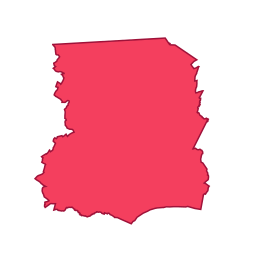 outline of Sabanalarga, Atlántico, Colombia, rotated 282°
{"feature_id": "7082276B39650690530717", "entity_name": "Sabanalarga", "entity_type": "district", "adm_level": 2, "iso_a3": "COL", "parent_name": "Colombia", "parent_adm1": "Atlántico", "projection": "albers", "projection_center": [-74.958, 10.621], "detail": "fine", "context": "isolated", "style": "filled", "palette": "rose", "viewbox_px": 256, "rotation_deg": 282, "n_neighbors": 0, "source": "geoboundaries", "source_scale": "gbopen_adm2", "svg_char_len": 5537}
<svg xmlns="http://www.w3.org/2000/svg" viewBox="0 0 256 256"><g transform="rotate(282 128 128)"><path d="M144.9,49.0L144.5,49.9L143.9,50.6L143.8,51.4L142.0,56.4L141.3,56.9L140.7,57.8L140.5,58.0L140.1,58.1L139.4,58.1L140.0,61.2L142.3,63.2L142.4,63.6L142.2,64.7L141.3,65.1L140.9,65.0L139.6,64.5L139.0,64.4L137.6,64.6L137.3,64.2L136.9,63.8L136.1,63.5L135.2,63.5L134.7,63.3L133.6,62.4L133.0,62.0L132.0,62.6L131.0,63.1L130.3,63.3L127.2,63.7L124.2,64.3L124.2,65.0L122.9,66.0L121.7,65.1L120.5,65.2L119.9,65.5L117.6,66.1L116.6,67.5L116.0,68.0L115.6,68.2L115.3,68.4L115.2,68.8L114.7,71.0L114.9,72.4L115.0,74.0L114.5,74.7L112.7,76.1L111.5,74.2L109.9,72.4L109.2,71.8L107.2,70.5L109.1,68.7L106.5,66.7L105.9,66.0L106.2,65.6L106.8,65.0L104.7,60.7L103.9,60.7L102.7,60.1L102.8,59.3L103.2,58.5L101.9,57.7L101.1,57.6L100.2,57.7L99.7,57.5L98.9,58.6L98.0,60.2L94.1,59.4L93.3,59.0L92.8,59.0L92.0,59.1L90.7,58.9L90.2,58.5L88.7,57.1L89.4,56.4L90.1,55.9L89.7,55.6L88.5,55.3L87.1,54.7L85.6,53.7L85.8,53.3L83.4,50.7L82.4,49.8L82.0,49.4L81.5,50.1L81.2,51.0L79.8,50.8L78.4,51.1L76.6,50.8L76.0,52.4L75.5,54.6L75.1,55.0L74.3,54.7L73.9,54.6L71.5,54.6L67.7,54.3L67.2,55.0L65.3,53.9L63.9,52.0L63.3,50.9L62.3,49.6L61.5,49.0L59.1,47.6L58.1,49.7L57.6,51.3L56.8,53.2L55.6,54.7L55.3,55.6L54.7,56.4L53.7,59.5L53.3,58.4L52.6,57.5L51.8,57.0L51.0,56.8L48.6,57.1L46.7,58.1L45.8,59.0L44.9,59.4L44.5,59.8L43.3,60.3L41.4,64.5L40.7,65.2L40.7,65.6L40.4,65.8L39.7,65.0L39.0,63.9L38.8,63.2L38.1,62.1L36.1,62.7L35.9,62.4L34.1,62.6L33.1,63.5L37.8,67.8L38.1,68.5L38.3,70.1L38.9,72.8L32.3,72.5L32.5,72.9L32.7,73.2L32.9,73.7L33.4,74.0L33.5,75.0L33.7,75.6L33.5,76.1L32.9,76.7L32.9,77.0L33.0,77.6L33.0,79.2L33.1,79.7L33.0,80.1L33.5,81.6L33.5,81.9L33.4,82.4L33.5,82.6L34.1,83.0L34.8,83.6L35.1,83.7L36.8,84.0L37.1,84.4L37.1,84.8L37.6,84.9L37.4,85.5L38.2,86.7L38.3,87.7L38.5,88.6L38.5,89.0L38.9,89.5L38.8,90.1L38.4,90.6L38.2,91.1L37.8,91.5L37.5,92.0L37.5,92.7L37.1,92.8L36.9,93.1L36.6,93.0L36.4,93.7L36.6,94.3L36.6,95.0L36.8,95.2L36.4,96.2L36.1,96.2L34.9,97.1L34.9,97.4L35.2,97.3L35.3,97.5L34.9,97.8L34.9,98.3L34.5,98.8L34.2,98.9L33.7,98.7L33.6,99.2L33.4,99.2L33.0,99.4L33.3,100.2L32.7,100.8L33.0,101.1L32.9,101.8L33.0,102.6L32.8,103.6L33.2,104.3L33.0,104.6L32.9,105.4L32.6,106.6L33.2,107.5L34.1,109.3L35.6,110.4L36.0,111.1L36.3,111.0L36.3,110.9L36.4,111.0L37.1,112.8L37.5,113.0L37.6,112.7L37.7,112.8L37.9,113.1L38.3,113.4L38.5,114.0L39.0,114.6L39.5,114.7L39.7,115.2L39.4,115.9L39.6,116.9L40.0,117.8L39.9,119.3L39.1,120.2L38.8,122.6L40.2,122.6L39.9,124.0L40.0,124.3L39.9,125.2L39.7,125.6L40.6,126.2L40.5,127.6L39.6,128.5L39.3,130.3L38.2,133.0L37.7,133.4L37.9,134.0L37.9,134.7L38.2,136.3L37.3,140.1L35.0,151.1L37.5,152.2L38.9,153.9L42.6,155.4L47.9,160.6L50.8,164.6L52.5,166.5L55.1,171.3L55.9,173.2L57.5,178.6L57.6,179.3L58.9,181.8L59.5,185.2L60.5,188.8L61.5,193.5L62.8,200.8L63.7,202.7L63.2,210.3L63.5,216.1L77.5,215.7L78.0,215.5L78.5,215.9L79.2,216.2L79.8,217.0L79.4,217.4L79.5,217.5L80.0,217.2L80.3,217.7L80.6,218.0L81.3,218.3L82.0,218.4L83.1,219.1L84.5,219.1L85.3,218.9L86.2,219.0L86.6,218.9L86.9,219.1L87.1,219.0L88.0,219.5L88.6,218.0L89.8,215.5L90.0,214.0L93.0,216.1L93.4,216.7L94.6,217.2L95.9,217.0L96.8,217.0L98.5,216.4L98.5,215.6L100.5,215.4L102.1,213.9L103.0,213.7L104.2,213.8L109.3,208.5L109.8,206.6L112.1,205.7L113.2,205.5L114.2,205.6L115.2,205.5L116.4,205.6L117.4,205.6L118.1,205.9L118.5,206.4L119.9,206.1L120.2,206.0L121.5,204.8L121.8,203.4L122.2,202.8L121.5,201.7L121.3,201.1L121.4,199.6L122.1,198.5L122.2,197.9L121.9,197.3L121.2,196.3L121.1,195.9L151.6,203.9L151.5,204.2L151.2,204.1L151.1,204.4L151.0,204.5L151.4,204.7L151.5,204.4L152.6,204.5L153.1,204.7L153.2,204.4L153.4,204.5L153.5,204.2L153.5,203.6L153.1,203.5L153.7,203.1L153.9,202.6L153.7,202.3L153.4,202.1L152.9,201.2L152.8,200.8L152.9,200.1L153.5,199.5L153.7,198.4L154.5,198.1L155.5,195.6L157.5,194.2L157.6,193.6L157.3,193.1L157.5,192.7L157.8,192.4L158.0,192.5L158.7,192.5L159.6,192.6L160.0,192.5L160.4,192.6L161.2,192.6L161.5,192.7L162.2,192.0L162.9,192.0L163.2,192.1L163.4,192.3L163.7,192.9L164.1,192.7L164.5,193.1L164.9,192.8L165.2,192.8L165.4,193.5L165.8,193.7L166.0,193.5L166.4,193.3L167.2,192.7L167.3,192.7L167.4,193.0L167.7,193.2L168.2,193.2L168.6,192.7L169.0,192.5L169.5,192.6L169.9,193.0L170.3,192.9L170.6,193.1L171.0,193.0L171.6,192.9L171.7,192.7L171.9,192.9L172.1,192.9L172.0,191.7L172.3,191.4L173.1,191.5L173.5,191.8L179.9,193.6L179.7,192.8L178.6,190.9L178.2,189.9L177.0,188.4L176.5,187.0L177.7,186.4L179.5,186.1L181.6,186.2L182.4,186.5L183.1,186.5L186.0,186.1L187.5,185.7L188.8,185.6L188.1,184.2L187.9,183.5L192.1,182.9L193.3,183.1L194.6,183.4L195.5,183.8L196.5,183.7L200.5,184.2L201.8,184.2L202.1,184.3L202.7,184.6L202.8,184.0L200.9,182.1L199.8,180.1L202.3,177.2L203.2,176.4L206.8,178.6L207.9,179.8L209.0,181.1L218.9,156.9L218.8,155.8L218.1,152.0L218.5,151.1L219.3,151.4L219.3,150.7L219.8,150.2L219.6,149.9L223.7,145.7L193.9,36.5L193.6,37.9L192.6,38.7L191.8,39.9L190.4,40.4L189.4,40.6L188.5,41.1L187.7,41.2L185.1,42.2L184.8,42.8L184.9,44.8L184.3,45.4L183.7,45.9L183.4,46.3L182.0,45.7L180.1,44.6L178.7,44.5L177.2,43.3L176.0,41.9L175.6,42.0L173.7,43.0L173.0,44.4L170.9,42.5L170.5,43.4L170.1,43.6L169.4,44.5L169.0,44.9L168.5,45.9L168.4,48.2L169.0,49.5L169.1,50.8L168.7,52.4L168.4,53.1L168.1,54.7L167.9,53.7L166.7,51.6L166.4,51.8L166.3,52.6L166.0,53.1L164.5,54.0L163.7,54.9L161.3,54.7L158.5,53.9L157.1,53.3L156.8,53.1L157.5,52.5L157.9,51.0L158.5,49.5L158.2,49.4L153.4,48.8L153.2,49.9L153.2,51.1L150.9,51.0L149.0,49.8L146.7,49.1L145.2,48.9L144.9,49.0Z" fill="#f43f5e" stroke="#9f1239" stroke-width="1.5"/></g></svg>